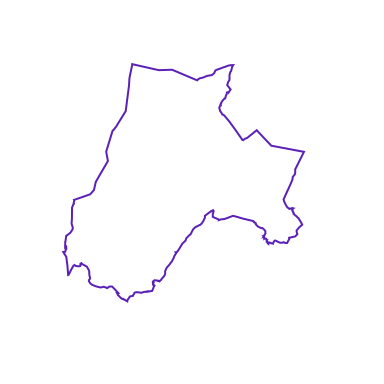 outline of Huaniqueo, Michoacán, Mexico, rotated 298°
{"feature_id": "50627088B18619680488103", "entity_name": "Huaniqueo", "entity_type": "district", "adm_level": 2, "iso_a3": "MEX", "parent_name": "Mexico", "parent_adm1": "Michoacán", "projection": "robinson", "projection_center": [-101.528, 19.878], "detail": "fine", "context": "isolated", "style": "outline", "palette": "violet", "viewbox_px": 384, "rotation_deg": 298, "n_neighbors": 0, "source": "geoboundaries", "source_scale": "gbopen_adm2", "svg_char_len": 5765}
<svg xmlns="http://www.w3.org/2000/svg" viewBox="0 0 384 384"><g transform="rotate(298 192 192)"><path d="M280.0,272.0L270.1,240.3L276.9,220.1L265.8,215.4L264.9,214.7L264.4,214.3L264.0,213.8L262.9,213.3L262.6,213.2L261.9,212.9L261.9,212.5L261.6,212.0L262.3,210.8L267.3,201.0L271.8,191.8L274.6,184.8L274.8,184.1L274.7,182.3L275.1,182.0L275.3,181.5L275.5,181.1L275.9,180.5L276.6,179.1L276.8,178.6L277.4,178.3L279.0,176.6L279.3,176.6L279.8,176.4L280.6,176.3L280.9,176.5L281.5,176.5L281.8,176.3L282.1,176.4L282.2,176.7L282.9,176.3L283.0,176.0L284.1,176.0L284.4,176.1L284.6,175.9L285.6,175.9L287.2,176.2L288.7,176.5L289.9,176.9L290.2,177.3L290.7,177.3L292.1,176.9L293.2,176.7L294.6,176.7L296.4,176.1L296.5,176.2L297.3,177.5L297.2,177.6L300.7,177.9L302.9,172.9L304.0,172.7L306.0,172.3L308.4,172.5L310.1,171.7L312.8,170.2L316.0,169.5L317.2,169.8L318.4,169.4L321.7,168.7L323.4,168.8L322.1,166.6L320.8,164.9L317.9,162.3L316.7,161.1L313.8,158.6L311.5,156.4L310.2,155.6L307.3,155.8L304.6,154.7L303.4,153.2L302.1,151.4L300.9,150.2L298.5,148.3L295.9,145.4L294.0,144.3L293.1,144.2L292.9,142.8L290.6,117.0L284.0,105.5L276.8,79.2L275.8,79.6L263.2,83.3L256.4,86.4L232.3,95.5L214.1,94.3L209.9,93.6L208.9,93.1L187.3,97.3L179.9,103.2L155.8,102.3L147.7,104.5L142.2,103.2L129.6,91.5L129.1,92.0L128.7,92.2L127.2,92.5L126.6,92.9L126.2,93.3L125.7,93.0L121.9,93.4L111.9,98.6L107.6,100.5L104.3,103.7L102.5,104.1L98.8,103.7L95.2,102.0L94.9,102.0L94.3,101.5L88.8,103.5L88.6,103.4L83.5,106.0L84.6,106.6L82.6,107.8L81.7,107.6L79.8,108.1L78.6,106.5L76.5,110.1L75.8,111.4L68.3,116.7L60.6,121.6L61.2,122.0L66.4,121.8L71.2,121.9L72.4,122.5L72.1,124.0L72.8,125.9L73.5,127.4L74.2,128.1L75.0,128.0L76.0,127.2L76.6,127.5L76.9,127.5L77.3,127.8L76.8,128.6L76.7,134.3L74.7,137.4L73.7,138.5L71.4,139.8L70.6,140.3L69.5,141.2L68.6,142.1L68.2,142.4L67.8,142.6L67.3,142.6L67.0,142.6L66.0,142.4L65.7,142.4L65.2,142.6L65.0,142.8L64.7,143.2L64.1,144.1L63.7,145.0L63.4,145.6L63.4,145.9L63.2,146.6L63.2,147.5L63.3,148.6L63.4,149.9L63.7,151.8L64.0,153.2L64.8,156.2L66.0,157.5L66.9,158.6L67.0,159.8L67.2,160.4L67.4,160.8L67.2,162.0L68.4,162.8L68.5,163.0L69.6,163.3L69.9,163.7L71.0,165.8L70.7,166.9L68.2,174.4L68.1,174.7L67.3,174.3L67.2,173.7L66.3,175.0L64.8,179.7L65.0,181.5L65.3,181.5L65.1,185.8L65.1,186.2L65.7,186.0L66.0,185.8L66.5,185.8L69.4,186.1L70.6,186.3L70.9,186.5L72.6,188.6L73.0,188.4L73.4,188.5L74.0,188.5L74.4,188.7L74.8,188.7L75.5,188.6L75.9,188.5L76.1,188.5L76.3,188.7L76.9,189.2L77.2,189.9L77.8,190.5L77.9,190.8L78.1,191.6L78.3,192.2L78.5,192.5L78.6,192.8L78.9,193.3L79.0,194.2L79.6,195.1L80.7,195.9L81.3,196.7L82.7,198.5L82.3,198.4L82.3,198.5L82.6,199.0L82.8,199.2L85.9,203.2L88.1,203.1L89.1,203.0L90.1,202.7L90.8,202.7L91.3,202.8L91.6,202.8L91.5,202.1L91.7,201.8L92.1,201.7L92.1,201.3L91.9,201.1L92.0,200.9L92.3,200.8L93.7,200.7L93.6,200.0L93.7,199.9L94.1,199.6L94.6,199.5L94.8,199.8L95.0,200.1L95.4,200.0L95.6,200.0L95.8,200.1L96.5,200.3L96.6,200.5L96.7,200.9L97.1,201.9L97.2,202.3L97.4,202.5L97.4,202.8L97.4,203.1L97.6,203.5L97.5,203.8L97.6,204.2L97.9,204.2L98.0,204.3L98.0,204.5L97.8,205.2L98.2,205.4L99.4,205.7L99.7,205.9L100.9,206.0L102.2,206.3L102.8,206.4L103.7,206.7L104.3,206.8L105.2,206.8L105.8,206.9L106.4,206.8L107.0,206.7L107.3,206.6L107.8,206.4L108.3,206.1L109.4,205.5L110.2,205.4L111.9,205.3L112.8,205.2L114.7,205.5L116.0,205.9L118.0,206.3L119.5,206.4L119.8,206.5L120.3,206.7L121.0,206.8L125.0,206.8L125.7,206.7L126.0,206.6L127.4,206.5L128.5,206.6L130.3,206.7L130.6,206.5L131.1,205.8L131.7,206.6L131.4,206.8L132.3,206.9L132.9,207.1L134.6,207.3L137.2,207.5L141.9,207.7L146.0,209.1L148.3,208.7L153.0,210.0L153.7,210.6L159.3,210.5L159.5,210.5L159.9,210.6L161.1,211.0L162.0,211.3L162.8,211.7L163.1,211.9L163.5,212.1L163.6,212.3L166.3,214.1L166.6,214.5L167.1,214.8L169.0,215.4L170.3,215.5L171.7,215.7L173.0,215.5L175.2,215.5L175.7,215.3L177.1,214.6L183.9,217.8L183.8,218.1L185.8,219.1L185.6,219.4L185.5,219.9L185.3,220.0L183.5,220.6L182.4,220.7L181.3,221.2L179.8,222.0L179.8,222.4L180.3,229.3L180.2,229.3L181.4,230.4L183.1,232.9L184.3,234.2L190.1,239.3L190.7,241.3L191.0,242.6L192.5,249.8L195.0,259.4L195.1,259.9L194.8,260.2L194.8,260.5L194.5,260.9L194.6,261.2L194.4,261.4L194.5,261.6L194.5,261.9L194.5,262.0L194.4,262.6L193.5,263.4L193.4,263.7L193.6,263.7L193.1,264.3L192.5,266.5L192.5,268.2L192.6,269.9L193.2,271.1L192.7,273.3L192.0,275.0L190.1,276.2L188.8,276.3L188.6,276.3L187.9,276.1L187.5,276.3L186.9,275.8L186.9,276.1L186.1,276.1L186.5,276.4L186.5,276.6L185.4,277.2L184.6,277.7L185.0,277.9L185.1,278.0L185.5,279.4L185.2,279.7L185.0,280.0L184.8,280.1L184.9,280.9L184.5,280.9L184.2,281.0L184.1,280.9L183.5,281.2L183.1,281.3L183.0,281.7L183.2,282.1L182.6,282.4L182.4,282.7L182.2,283.1L182.1,283.7L182.5,283.5L183.1,283.3L183.9,284.3L183.7,284.8L184.4,287.7L184.8,287.5L185.3,287.5L185.7,287.6L187.7,287.7L188.3,288.4L188.5,293.4L189.1,294.7L190.0,296.0L190.7,296.4L190.8,297.1L190.7,297.8L191.0,298.8L191.6,299.9L193.7,299.9L196.4,299.9L197.1,299.2L197.4,299.3L198.0,300.3L199.1,301.5L200.9,303.6L201.4,304.1L204.3,304.8L205.6,303.4L207.1,302.4L210.8,303.2L212.4,303.7L214.8,304.7L216.1,303.0L217.8,300.2L218.0,299.6L218.7,298.8L218.9,298.0L218.9,297.5L219.4,296.3L219.7,295.1L220.0,293.4L220.5,292.3L220.7,292.1L220.5,291.8L220.6,291.7L220.8,291.6L221.2,291.6L221.5,291.3L221.8,290.9L221.8,290.5L222.0,290.1L222.4,289.8L222.6,289.7L222.6,289.4L222.8,289.2L223.6,289.2L223.8,289.1L224.1,288.4L224.5,288.5L225.1,288.9L224.9,288.0L224.5,287.9L224.3,287.7L223.8,287.6L223.8,287.1L223.6,286.6L222.9,286.2L222.8,285.9L223.1,285.7L223.0,284.7L223.1,284.2L223.2,283.5L223.5,282.8L223.7,282.5L224.0,282.0L224.5,281.1L225.6,279.5L227.3,277.4L228.6,276.3L242.3,275.5L250.0,274.9L252.5,273.9L255.9,274.5L257.2,274.2L260.4,272.5L280.0,272.0Z" fill="none" stroke="#5b21b6" stroke-width="2"/></g></svg>